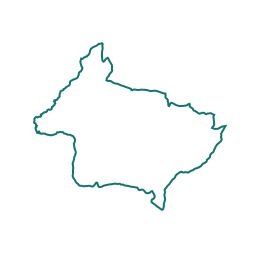 outline of Kimilili, Western, Kenya, rotated 49°
{"feature_id": "3690345B99583391945286", "entity_name": "Kimilili", "entity_type": "district", "adm_level": 2, "iso_a3": "KEN", "parent_name": "Kenya", "parent_adm1": "Western", "projection": "robinson", "projection_center": [34.729, 0.788], "detail": "fine", "context": "isolated", "style": "outline", "palette": "teal", "viewbox_px": 256, "rotation_deg": 49, "n_neighbors": 0, "source": "geoboundaries", "source_scale": "gbopen_adm2", "svg_char_len": 5811}
<svg xmlns="http://www.w3.org/2000/svg" viewBox="0 0 256 256"><g transform="rotate(49 128 128)"><path d="M59.3,191.6L59.8,192.8L60.6,193.3L61.4,194.1L61.9,195.1L62.9,195.4L63.7,194.9L64.6,195.0L65.6,195.3L66.5,195.3L66.3,196.3L67.3,196.7L67.2,197.6L68.1,198.3L69.1,198.7L70.2,199.0L70.9,199.4L71.8,199.7L72.2,197.5L73.2,197.6L73.4,198.6L74.3,197.9L75.8,196.9L76.2,195.8L77.2,195.1L77.9,194.3L78.7,194.1L80.2,193.2L81.0,192.5L82.2,191.6L83.3,190.6L84.3,188.5L85.3,186.0L85.1,185.1L84.8,184.2L85.8,183.2L86.3,182.0L86.8,181.3L87.5,181.0L88.0,180.3L88.9,179.7L90.1,179.9L91.8,178.6L92.9,178.3L93.8,177.6L94.3,176.9L95.1,176.3L96.0,175.8L97.1,175.4L97.7,174.9L98.8,174.8L99.9,175.1L100.9,175.1L102.1,175.8L102.9,176.5L103.5,177.4L104.1,178.4L104.4,179.3L105.3,179.7L106.7,180.8L107.6,181.1L108.2,181.7L109.0,182.0L110.0,182.3L111.7,183.1L112.5,183.7L112.9,184.6L113.5,185.1L114.5,187.2L115.2,188.2L116.0,189.0L116.8,190.3L117.4,191.1L118.6,193.3L119.6,193.6L120.3,194.3L121.1,194.9L122.1,195.3L123.3,196.8L124.0,197.4L126.2,199.3L127.1,200.4L128.0,201.3L129.0,201.8L131.0,202.2L132.3,202.2L134.5,202.8L135.4,202.8L136.5,202.7L137.4,202.4L139.2,202.6L140.4,201.8L141.4,200.7L142.4,200.1L143.1,199.6L143.5,198.7L144.9,197.0L146.1,195.2L147.8,194.1L148.9,193.3L149.2,191.9L148.9,190.1L148.6,188.8L148.4,187.7L149.2,187.2L150.2,187.6L151.0,188.1L151.9,188.4L152.7,188.6L153.7,188.5L154.6,187.3L155.2,185.9L155.4,184.6L155.9,183.5L156.7,182.1L157.0,181.4L158.5,178.9L159.1,177.9L159.7,177.3L160.8,175.3L161.5,174.2L162.4,173.5L163.4,172.6L164.1,171.5L165.0,170.7L165.9,170.5L166.7,169.8L167.3,169.0L168.2,168.6L169.0,168.3L169.9,167.6L171.0,166.5L174.0,164.4L174.8,163.8L176.4,162.2L177.9,161.2L179.0,160.1L180.2,160.2L181.1,160.5L182.2,160.2L182.7,159.6L183.3,158.3L184.3,157.3L185.4,157.0L186.5,157.0L188.2,157.1L189.3,156.8L190.1,156.0L190.7,155.2L191.0,154.3L191.1,152.1L191.5,151.2L192.5,151.3L195.3,152.0L196.2,152.1L197.8,153.5L198.1,154.6L198.1,155.6L197.7,156.4L197.9,157.2L198.5,158.1L199.4,158.9L203.3,158.0L205.3,157.7L208.9,156.8L211.3,156.3L212.2,155.8L212.2,154.6L211.3,153.4L210.6,152.3L209.0,151.0L208.4,150.1L206.6,147.2L205.8,146.5L204.2,145.6L203.4,145.0L202.6,144.6L201.8,143.9L201.4,143.0L200.7,142.0L199.8,141.7L199.1,141.2L198.4,140.4L198.2,139.2L198.0,137.6L197.6,136.4L197.6,135.6L197.6,134.5L196.7,130.9L196.5,129.4L196.1,128.3L196.4,126.1L196.0,125.0L195.6,123.9L195.2,123.2L195.1,121.8L195.1,120.6L195.3,119.5L195.3,117.9L196.0,117.0L196.2,116.1L197.1,116.0L197.7,115.6L198.3,114.9L198.9,113.7L199.9,112.8L200.6,112.3L201.2,111.7L201.4,109.6L201.6,108.8L202.0,107.6L202.5,106.6L202.6,105.4L202.5,104.4L202.9,103.6L203.5,102.6L203.7,101.4L204.3,100.5L204.3,99.5L204.6,98.4L204.4,96.9L204.1,95.7L204.1,94.7L204.5,93.5L204.8,91.9L204.9,90.8L204.4,90.0L203.8,89.3L203.9,86.8L203.8,85.6L203.2,84.7L202.4,83.8L202.0,82.4L201.9,81.2L202.1,80.3L202.1,79.4L201.7,78.4L200.6,76.5L200.3,75.3L199.8,74.6L199.5,73.8L198.9,71.7L198.9,70.5L199.0,69.3L198.8,68.0L198.9,66.9L198.5,65.6L197.6,64.3L196.6,64.1L195.7,63.7L195.1,62.7L194.3,62.1L193.3,61.4L193.1,60.5L192.6,59.6L192.0,57.3L191.6,56.5L191.3,55.4L190.7,54.3L190.4,53.2L189.3,55.0L188.7,56.0L188.2,57.8L187.6,60.5L187.1,61.4L185.3,63.4L184.1,63.9L183.1,64.5L182.7,63.6L182.5,61.7L181.9,60.6L177.4,57.4L176.0,56.5L175.1,55.5L174.6,54.3L172.7,55.2L171.4,55.6L170.5,56.7L169.9,57.8L169.2,58.6L168.9,59.8L167.9,60.3L166.8,60.6L166.1,61.0L165.4,61.7L165.2,62.6L164.6,63.5L164.2,64.6L163.2,65.1L159.3,66.1L158.5,66.6L157.8,67.0L155.7,66.5L154.9,66.6L153.5,67.1L152.7,67.3L151.8,67.0L151.0,66.1L150.1,65.7L149.6,66.8L149.6,68.1L149.3,69.1L148.7,70.1L147.8,71.5L145.0,74.9L143.4,76.0L142.1,76.7L138.4,78.1L137.6,78.5L137.3,79.4L137.5,80.5L138.1,81.7L138.4,82.6L137.5,82.8L136.6,82.1L135.4,81.1L134.1,80.6L133.2,79.8L132.3,79.4L130.2,79.7L129.2,79.5L128.2,78.3L127.2,77.9L126.6,77.2L125.7,78.0L123.0,79.7L119.9,81.4L118.4,82.4L117.1,83.7L115.1,86.6L114.0,87.4L112.7,88.2L111.8,88.8L111.0,89.6L110.3,90.1L109.1,91.4L108.0,92.6L107.4,93.3L106.3,95.0L105.7,95.7L104.8,96.5L103.0,98.0L102.5,98.9L102.2,100.2L101.4,100.5L100.4,100.1L99.2,100.7L95.5,102.8L93.1,104.1L90.7,105.6L88.3,106.6L87.7,107.0L86.8,107.8L85.4,108.8L84.7,109.2L83.3,109.7L82.1,109.9L81.2,110.3L80.4,111.0L79.6,112.0L78.6,112.7L77.8,113.0L76.5,111.1L76.2,110.0L76.0,109.1L76.0,108.0L75.5,107.4L75.1,106.2L75.0,104.7L74.8,103.4L74.2,102.1L73.1,101.7L72.5,100.9L70.7,99.4L69.7,98.8L68.5,98.6L67.5,98.5L66.5,98.2L64.6,97.9L62.8,97.3L61.7,97.3L61.4,98.7L61.5,100.2L61.9,101.6L62.0,102.8L61.2,103.2L60.1,102.9L58.6,101.9L57.5,101.1L56.7,100.5L55.7,99.7L53.7,97.8L52.4,96.3L51.8,95.5L51.0,94.6L49.3,93.6L48.5,92.5L47.7,91.9L46.9,92.1L46.5,93.1L46.0,94.2L45.3,94.8L45.3,97.3L44.9,98.9L44.2,101.0L44.0,102.1L44.0,103.0L43.8,104.0L44.6,105.6L46.1,107.7L46.7,108.9L47.0,110.0L46.7,110.9L47.1,111.9L46.6,112.6L46.5,113.4L46.0,114.6L46.0,116.0L45.8,117.3L44.9,117.7L45.6,118.9L46.2,119.8L47.1,120.8L47.9,121.1L48.7,121.6L49.7,122.0L50.7,122.6L52.4,122.8L53.3,123.5L53.7,124.6L54.1,125.5L54.4,126.4L54.0,127.5L54.1,128.6L54.7,129.5L55.5,130.2L55.9,131.1L56.3,131.9L56.7,132.6L56.8,133.6L56.7,134.5L56.3,135.5L56.1,136.5L55.6,137.2L55.2,139.4L54.9,140.7L55.2,141.6L56.0,142.2L56.8,143.2L57.3,144.5L57.1,145.6L56.8,146.7L56.6,147.8L56.8,149.1L56.4,151.0L56.9,151.8L56.6,152.7L56.3,153.9L56.0,154.7L57.2,156.3L57.7,157.4L58.5,158.3L59.3,158.8L59.7,159.9L59.4,160.8L59.7,161.7L60.1,162.7L60.0,163.6L59.4,164.3L58.9,165.3L59.3,166.1L60.1,165.7L60.7,166.8L61.6,166.7L61.9,167.6L62.4,168.5L62.2,169.4L62.5,170.4L62.2,171.4L62.6,172.2L63.5,173.0L63.5,174.2L63.0,175.1L62.3,175.4L61.8,176.0L61.7,177.2L62.2,178.0L62.2,179.4L61.4,180.5L61.1,181.9L61.1,183.3L60.7,184.1L60.8,185.0L61.8,185.3L62.1,186.6L61.2,187.5L60.9,188.3L60.7,189.4L59.4,190.0L59.3,191.6Z" fill="none" stroke="#0f766e" stroke-width="2"/></g></svg>